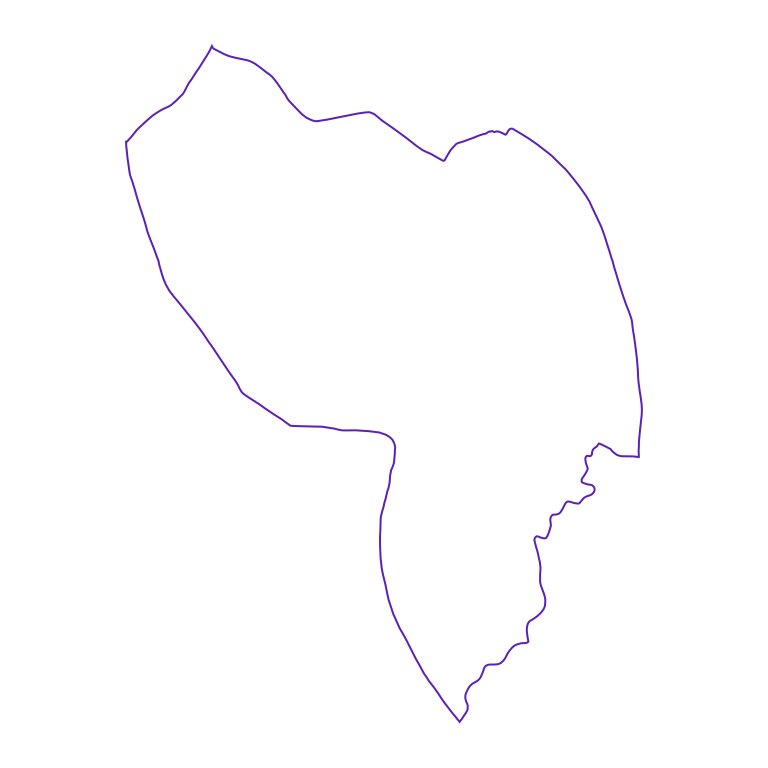 the district of Cho Moi, An Giang, Vietnam
{"feature_id": "81297802B9073555262789", "entity_name": "Cho Moi", "entity_type": "district", "adm_level": 2, "iso_a3": "VNM", "parent_name": "Vietnam", "parent_adm1": "An Giang", "projection": "equal_earth", "projection_center": [105.483, 10.456], "detail": "fine", "context": "isolated", "style": "outline", "palette": "violet", "viewbox_px": 768, "rotation_deg": 0, "n_neighbors": 0, "source": "geoboundaries", "source_scale": "gbopen_adm2", "svg_char_len": 6099}
<svg xmlns="http://www.w3.org/2000/svg" viewBox="0 0 768 768"><path d="M163.6,279.3L166.0,284.9L169.5,291.0L174.9,297.9L180.6,304.7L187.9,313.8L195.5,323.2L199.6,328.7L203.1,333.5L208.2,341.2L212.4,347.1L222.0,361.5L225.5,366.7L228.0,370.5L232.8,377.3L234.4,379.4L237.1,383.6L238.0,385.1L239.5,388.4L240.8,390.6L241.8,392.2L242.9,393.3L244.9,394.9L249.7,398.1L260.4,405.0L264.6,408.1L273.9,414.4L281.4,419.1L286.5,422.9L290.5,425.7L293.4,426.0L301.2,426.2L312.5,426.5L321.9,426.7L326.5,427.4L333.7,428.5L339.1,429.8L342.4,430.4L348.1,430.4L355.7,430.3L369.1,431.2L379.4,432.5L383.1,433.8L385.9,434.7L389.7,437.1L392.4,439.7L393.8,442.4L394.6,444.5L395.1,446.8L395.1,448.9L394.8,451.0L394.9,452.7L394.0,462.5L393.3,465.0L391.9,468.6L391.2,469.9L390.9,471.3L390.1,475.8L389.6,482.6L389.2,484.8L388.5,488.0L387.2,491.7L385.9,497.6L384.3,503.2L383.5,507.1L382.2,511.2L381.6,514.0L381.1,515.4L380.8,517.5L380.6,520.4L380.5,524.6L380.3,531.9L380.0,536.6L380.1,547.4L380.4,553.3L380.6,558.0L381.7,568.1L382.7,573.4L384.0,578.8L385.6,585.3L386.3,589.1L388.5,599.4L393.2,613.8L399.6,628.1L404.7,636.9L407.5,642.3L416.5,660.1L418.3,663.0L422.7,671.2L424.4,674.2L426.3,676.8L428.6,680.6L433.7,687.1L438.3,693.5L441.4,698.4L444.3,702.5L452.4,713.1L455.1,716.3L459.6,721.9L461.8,719.0L464.4,715.0L466.1,712.6L466.9,711.0L467.6,709.4L467.7,707.6L467.7,705.7L467.3,704.0L466.3,701.8L465.5,699.3L465.3,696.9L465.5,694.7L466.2,692.7L467.5,689.9L468.7,687.8L470.3,685.6L472.4,683.7L477.5,680.8L479.2,679.2L480.6,677.3L482.2,673.7L483.4,670.5L484.2,667.9L485.0,666.6L486.0,665.8L487.7,664.9L489.3,664.6L490.6,664.5L494.7,664.5L496.6,664.4L498.9,663.9L500.0,663.4L501.0,662.8L502.7,661.3L503.9,660.0L505.2,658.2L507.6,653.5L509.1,651.2L510.7,649.2L512.5,647.2L514.4,645.7L516.0,644.8L518.8,643.9L520.9,643.3L522.9,643.1L524.6,643.1L526.9,642.7L527.8,642.2L528.4,641.5L528.2,640.5L527.5,636.7L526.9,631.9L526.8,629.9L526.9,628.1L527.1,626.4L527.5,624.8L527.9,623.7L528.5,622.5L528.9,621.9L529.9,621.1L534.0,618.5L537.1,616.3L540.1,613.6L541.9,611.5L543.3,609.6L543.9,608.5L544.4,607.4L544.9,606.0L545.2,603.4L545.3,599.8L545.1,598.3L544.8,596.8L544.3,595.0L543.1,591.4L541.9,588.4L540.8,585.1L540.3,582.9L540.1,581.4L540.1,580.1L540.1,577.4L540.1,574.9L540.5,568.7L540.4,566.8L539.9,562.6L539.4,560.1L538.7,557.3L538.1,554.3L537.4,551.3L536.2,547.4L534.6,541.3L534.5,540.4L534.5,539.3L534.6,538.6L534.9,538.0L535.5,537.3L536.2,536.6L536.8,536.3L537.4,536.3L537.9,536.4L539.5,537.0L541.0,537.7L542.9,538.2L545.1,538.4L545.7,538.2L546.3,537.7L546.8,536.9L547.6,535.6L548.1,534.4L549.1,531.8L550.8,526.0L550.9,525.1L550.8,524.1L550.4,521.2L550.3,519.7L550.4,518.8L550.5,518.0L550.8,517.1L551.8,515.7L552.2,515.2L552.6,514.8L553.3,514.7L556.1,514.5L557.9,514.1L558.8,513.7L559.7,513.0L560.5,512.2L561.5,510.7L563.1,508.0L564.3,505.5L565.2,503.8L565.8,502.9L566.5,502.2L567.1,501.7L568.1,501.5L569.2,501.6L570.2,501.8L574.4,503.1L578.1,503.6L578.7,503.5L579.3,503.3L580.0,502.5L583.0,498.9L584.1,497.8L585.4,497.0L586.6,496.4L587.6,496.0L589.4,495.5L591.2,494.7L592.2,494.0L592.9,493.3L593.8,492.1L594.3,491.2L594.5,490.2L594.6,489.5L594.5,488.6L594.2,487.5L593.5,486.5L593.0,485.9L592.2,485.3L591.6,485.1L590.5,484.8L588.3,484.5L585.8,483.8L583.4,483.0L582.4,482.5L581.8,481.9L581.7,481.4L581.6,480.8L581.6,480.2L581.7,479.4L581.9,478.9L582.5,477.9L584.9,474.5L585.8,473.0L586.9,471.0L587.5,469.7L587.7,468.4L587.5,467.7L586.6,465.2L586.1,463.7L585.7,462.0L585.5,460.6L585.4,459.3L585.4,458.6L585.5,457.8L585.8,457.1L586.1,456.5L586.6,456.1L586.9,455.9L587.5,455.9L590.0,456.1L590.5,456.0L590.8,455.8L591.4,455.2L591.8,454.6L591.9,454.0L592.1,452.1L592.3,451.5L592.6,450.5L593.0,449.7L593.5,449.0L595.5,447.3L596.6,446.6L597.5,445.5L598.8,443.6L600.0,443.8L604.2,445.8L609.9,448.7L610.7,449.2L611.9,450.8L613.5,452.3L616.0,454.3L617.4,455.1L619.4,455.8L621.4,456.2L625.9,456.3L633.4,456.4L638.8,457.1L638.8,454.6L638.6,450.8L638.9,445.8L638.9,442.4L639.8,432.2L641.7,415.0L641.9,410.6L641.8,407.7L641.6,404.2L640.6,396.6L639.9,392.3L639.2,387.3L638.7,383.6L638.3,379.6L638.1,376.6L637.8,369.4L636.8,357.8L635.6,347.9L634.6,340.3L633.6,333.7L632.8,328.9L632.4,325.6L632.2,323.0L631.7,320.2L631.1,317.8L630.0,314.8L629.2,312.3L626.6,305.9L623.1,296.0L619.2,283.9L616.6,275.2L614.1,267.0L612.6,261.2L611.4,257.8L610.0,253.0L607.5,245.3L604.9,236.9L602.8,230.9L601.3,226.9L596.4,216.4L592.2,207.6L589.5,201.6L585.8,195.5L579.6,186.7L573.9,179.4L568.4,172.6L565.6,169.3L560.2,164.2L552.4,156.4L549.2,153.7L537.3,144.5L528.7,138.5L520.8,133.6L512.7,128.8L512.0,128.6L510.9,128.7L509.9,129.0L509.2,129.6L508.6,130.3L507.8,131.6L506.8,133.4L506.1,134.3L505.6,134.6L505.4,134.7L502.5,133.2L499.1,131.7L497.1,131.4L496.5,131.4L495.6,131.7L494.7,132.0L494.4,132.0L493.8,131.9L493.3,131.7L492.9,131.5L492.5,131.2L492.0,131.0L491.7,131.1L490.4,131.7L490.2,131.7L489.7,131.5L489.3,131.5L488.6,131.8L488.1,132.1L486.0,133.6L483.8,134.0L480.7,134.9L477.3,136.2L472.9,138.0L463.0,141.6L458.2,143.0L456.4,143.8L452.7,147.7L450.6,150.1L447.6,155.0L445.1,159.5L444.3,160.6L443.8,160.8L443.4,160.8L441.8,160.1L430.5,153.7L426.4,152.0L422.4,150.0L416.5,145.9L405.5,137.3L393.3,128.4L382.4,120.8L374.8,114.5L372.9,113.5L370.4,112.5L368.6,112.2L364.8,112.5L357.9,113.5L327.2,119.6L317.6,121.1L315.5,121.2L312.9,120.6L310.3,119.6L306.5,117.7L302.1,114.4L297.6,109.8L288.9,100.7L287.2,98.2L285.5,95.1L276.6,82.3L272.3,76.9L269.5,74.5L265.5,71.6L260.5,67.7L254.7,63.5L251.2,61.7L247.9,60.4L234.7,57.6L229.3,56.2L224.3,54.2L214.0,48.9L213.0,48.0L212.4,47.2L211.9,46.1L209.7,50.7L207.7,54.2L204.2,59.8L198.8,68.4L196.6,71.4L191.5,79.4L189.4,82.2L187.4,85.6L184.5,91.4L183.0,93.8L180.2,96.6L175.9,100.9L171.7,104.6L169.1,106.3L163.4,108.9L160.4,110.5L156.6,112.9L152.5,115.7L149.9,117.9L146.7,120.7L139.4,127.4L136.4,130.5L131.1,137.1L128.0,140.5L126.7,141.9L126.4,142.0L126.1,141.9L126.2,145.4L127.5,157.8L129.6,172.8L130.2,175.5L132.5,182.1L134.7,189.2L136.7,196.5L139.9,206.9L143.3,217.2L145.0,222.7L147.3,231.2L149.4,237.1L153.9,248.5L156.9,256.8L158.6,261.2L158.9,263.5L161.8,273.8L163.6,279.3Z" fill="none" stroke="#5b21b6" stroke-width="2"/></svg>